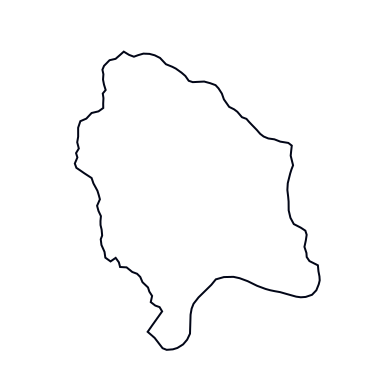 Itaju, São Paulo, Brazil, rotated 259°
{"feature_id": "56859067B23985784357287", "entity_name": "Itaju", "entity_type": "district", "adm_level": 2, "iso_a3": "BRA", "parent_name": "Brazil", "parent_adm1": "São Paulo", "projection": "natural_earth1", "projection_center": [-48.797, -21.954], "detail": "fine", "context": "isolated", "style": "outline", "palette": "ink", "viewbox_px": 384, "rotation_deg": 259, "n_neighbors": 0, "source": "geoboundaries", "source_scale": "gbopen_adm2", "svg_char_len": 1935}
<svg xmlns="http://www.w3.org/2000/svg" viewBox="0 0 384 384"><g transform="rotate(259 192 192)"><path d="M96.0,301.6L101.8,294.1L106.3,292.2L110.3,292.7L116.7,291.9L122.5,294.4L128.1,296.4L132.4,295.9L136.3,291.9L141.1,285.8L147.9,283.7L155.5,283.4L164.2,285.0L169.1,285.5L175.8,286.0L182.4,287.7L191.4,291.9L195.1,293.9L198.9,296.3L208.8,295.8L213.1,297.1L218.5,298.8L221.8,295.9L224.6,288.3L228.0,282.9L230.0,277.1L232.8,272.9L236.1,270.0L240.8,267.3L246.0,263.9L249.9,261.4L253.4,259.4L255.9,255.3L262.1,251.8L265.1,249.1L268.5,244.7L276.8,241.0L282.9,240.1L288.7,237.8L292.4,235.5L295.3,230.7L298.1,225.0L299.7,213.7L301.8,210.0L307.2,207.6L311.0,204.6L316.2,199.7L318.7,196.5L322.4,190.8L329.7,186.2L333.3,181.5L335.7,176.6L337.1,170.7L336.6,165.2L335.9,160.8L338.6,156.4L342.8,151.8L340.0,147.1L337.3,142.4L337.1,136.2L332.6,129.7L329.1,127.4L324.5,127.5L319.3,126.1L314.3,126.1L308.6,126.7L305.7,123.2L301.1,123.0L295.8,121.7L291.4,120.9L289.0,115.6L288.7,108.5L284.2,102.3L282.8,95.9L276.8,92.5L268.0,90.8L262.7,88.8L256.3,89.2L252.3,85.6L247.8,86.1L242.3,82.4L237.8,83.1L234.4,86.5L231.1,89.7L228.2,92.7L224.9,96.1L219.2,96.9L211.3,99.4L206.7,99.9L202.4,100.2L196.6,96.2L191.2,96.6L185.7,98.0L180.9,96.6L177.0,95.9L172.2,96.1L166.4,95.5L163.0,93.4L157.3,93.0L149.9,94.7L144.1,94.4L139.4,98.8L141.9,104.5L136.9,106.8L132.1,107.1L130.5,113.4L124.9,118.1L122.2,122.5L118.5,125.0L112.9,126.2L106.7,130.6L102.4,131.1L97.6,133.0L91.8,130.5L87.5,134.3L85.2,138.2L80.5,139.9L68.9,127.7L63.2,121.8L55.9,127.5L44.3,133.3L41.9,137.0L41.2,143.2L41.7,147.9L44.1,154.2L48.0,159.1L53.3,163.0L71.9,167.2L77.6,169.4L82.0,172.2L87.3,178.3L97.2,193.3L101.7,198.7L102.4,207.1L100.8,216.5L98.3,222.3L93.8,229.7L87.5,238.0L82.8,245.7L80.7,249.9L78.9,254.2L76.9,259.4L74.1,264.9L69.4,274.3L67.9,278.7L67.3,283.6L68.2,290.2L71.8,295.3L77.2,298.8L80.9,300.5L84.8,301.0L90.1,301.0L96.0,301.6Z" fill="none" stroke="#020617" stroke-width="2"/></g></svg>